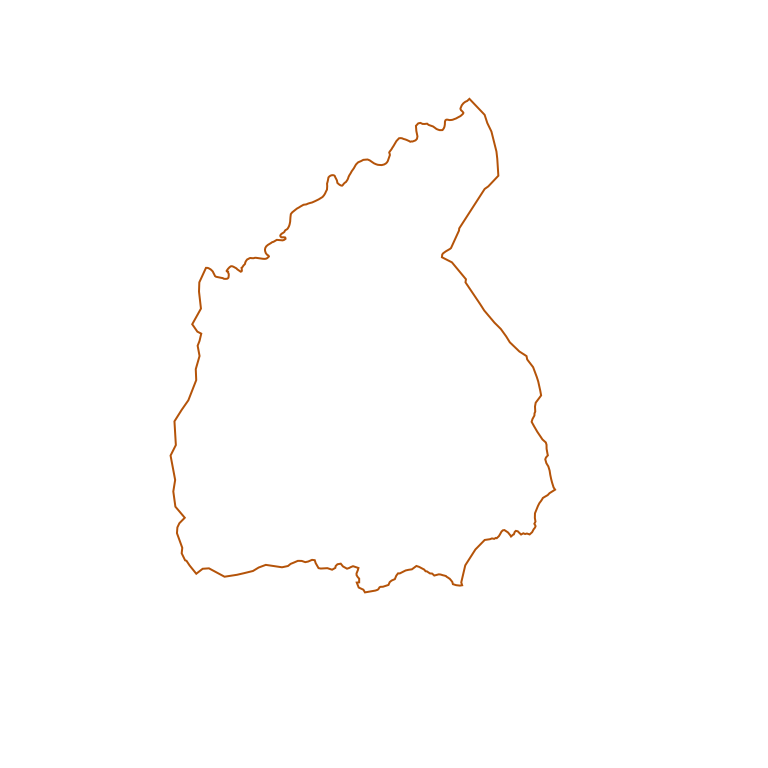 Villa Hidalgo, Oaxaca, Mexico (Albers equal-area conic projection), rotated 43°
{"feature_id": "50627088B9411614627727", "entity_name": "Villa Hidalgo", "entity_type": "district", "adm_level": 2, "iso_a3": "MEX", "parent_name": "Mexico", "parent_adm1": "Oaxaca", "projection": "albers", "projection_center": [-96.166, 17.184], "detail": "fine", "context": "isolated", "style": "outline", "palette": "amber", "viewbox_px": 768, "rotation_deg": 43, "n_neighbors": 0, "source": "geoboundaries", "source_scale": "gbopen_adm2", "svg_char_len": 5853}
<svg xmlns="http://www.w3.org/2000/svg" viewBox="0 0 768 768"><g transform="rotate(43 384 384)"><path d="M174.6,420.5L179.6,435.6L185.7,442.6L198.7,453.7L203.0,471.1L211.8,473.0L216.0,471.8L219.7,478.3L221.6,483.1L230.0,489.3L236.2,501.5L244.0,509.2L244.1,509.4L244.3,509.9L252.0,529.3L253.7,541.1L256.2,554.2L273.4,570.6L276.7,581.9L296.7,596.6L303.2,606.3L315.1,616.0L329.5,617.7L329.3,625.4L330.7,629.8L334.3,634.3L348.2,641.4L351.5,645.8L358.8,648.6L360.1,648.0L365.6,649.3L376.1,650.8L377.4,642.8L381.7,638.2L398.8,633.7L406.6,623.8L410.6,617.9L415.7,610.1L417.5,603.7L420.9,596.9L434.4,587.6L437.9,582.6L438.4,579.2L439.9,576.0L441.6,572.1L444.5,569.5L447.9,568.0L449.6,565.6L451.3,561.7L453.5,560.1L456.2,561.6L461.7,563.3L463.6,562.1L468.2,557.3L472.7,555.2L473.8,551.7L472.8,550.1L472.9,547.6L474.9,544.9L478.4,545.4L482.9,544.3L484.0,542.3L484.6,540.5L485.6,538.4L486.6,537.9L490.8,536.0L491.8,537.9L493.1,541.3L494.3,542.5L496.4,543.1L498.6,543.3L501.1,546.0L499.5,547.8L504.3,550.1L509.2,548.5L512.2,549.4L518.6,540.9L519.7,538.8L519.8,537.8L519.4,535.7L519.8,534.7L521.5,533.0L524.3,527.9L523.3,525.0L523.6,522.6L525.0,519.3L523.7,515.8L523.4,512.9L524.7,511.8L527.0,505.6L528.8,503.0L530.8,500.5L531.8,495.0L534.4,493.8L540.0,492.3L542.1,492.6L543.1,491.8L544.9,491.5L546.8,491.2L548.5,489.8L551.4,489.8L553.9,485.8L555.4,484.7L557.3,483.8L558.7,483.0L560.3,482.2L561.1,482.3L563.1,481.9L564.1,481.8L564.7,481.6L567.3,481.9L569.0,482.2L570.9,483.4L574.0,481.9L577.0,479.7L578.4,477.9L575.8,476.4L567.1,461.2L563.7,442.7L564.0,429.4L567.3,425.3L568.3,423.3L570.2,422.1L570.7,420.4L571.6,419.9L571.8,416.9L571.3,414.6L570.6,411.8L570.7,410.0L571.7,408.7L575.9,408.0L579.5,408.5L580.9,408.9L581.2,406.0L581.5,405.4L580.5,403.0L580.6,401.5L582.3,400.5L584.5,400.6L586.9,400.6L587.7,398.2L589.5,397.5L590.5,395.9L593.1,394.7L593.3,392.5L593.4,391.3L592.8,389.2L592.5,388.0L592.5,386.9L592.0,384.9L591.3,384.3L589.3,383.7L588.6,381.3L585.7,379.1L582.6,375.6L579.8,368.3L578.9,365.2L578.6,362.3L578.2,360.1L577.9,359.1L578.4,357.2L579.5,353.6L579.5,351.0L580.2,348.3L581.2,344.6L578.6,344.0L574.2,341.5L571.2,339.6L567.5,337.0L564.2,334.4L560.4,332.2L556.8,331.2L555.3,330.3L553.3,329.1L552.6,327.3L552.5,324.4L551.5,323.8L547.1,320.5L544.3,317.6L542.2,316.4L537.7,316.5L528.7,314.4L522.7,312.6L517.8,311.0L516.5,308.4L515.5,304.5L514.1,302.8L513.4,301.0L509.8,297.5L507.7,294.2L507.1,288.6L506.7,285.2L502.8,282.3L495.1,277.0L491.0,274.7L481.6,270.0L472.0,268.4L469.2,266.4L460.8,267.9L447.6,267.7L441.0,265.9L432.0,264.1L422.9,263.8L407.2,261.9L400.2,260.1L374.3,254.1L372.5,251.5L371.6,251.4L350.7,248.7L339.9,251.8L338.3,249.6L338.1,248.2L338.7,245.0L340.1,240.3L340.3,238.9L334.2,220.6L332.9,218.9L324.6,172.7L325.5,168.4L325.6,153.7L313.2,142.0L307.7,137.3L290.4,126.1L281.6,122.7L274.0,118.5L252.0,117.2L251.8,120.3L251.0,122.1L250.6,124.5L250.7,125.7L250.8,127.2L251.3,128.4L251.7,129.6L252.2,130.6L253.5,131.2L254.7,131.2L255.7,131.2L257.1,131.5L257.3,131.8L257.5,132.7L257.4,134.0L257.2,135.9L256.5,137.9L256.0,139.4L255.5,140.9L254.9,142.0L254.0,143.9L253.0,145.2L251.8,146.4L250.4,147.2L249.3,148.2L249.1,149.3L249.7,150.6L251.6,152.8L252.8,154.7L253.4,156.4L253.6,158.4L252.5,159.5L251.5,160.4L250.3,161.0L248.5,161.7L246.5,161.9L244.2,162.2L239.9,164.1L238.0,164.2L236.3,166.2L234.8,167.5L232.6,168.2L231.3,170.0L231.3,173.4L235.1,176.9L239.6,180.1L240.9,182.2L240.9,184.3L239.9,186.4L239.4,187.3L238.6,187.9L238.0,188.9L236.7,189.2L235.2,189.7L234.0,190.1L232.6,190.7L231.3,191.4L229.6,192.0L228.5,192.8L227.4,194.0L227.4,196.1L227.4,197.9L228.8,204.2L228.9,205.2L229.3,206.8L229.5,208.2L229.7,210.4L230.0,211.2L231.4,211.9L232.2,212.6L232.8,214.0L234.7,218.3L235.0,219.7L235.0,221.3L234.4,223.3L233.0,225.5L231.4,226.8L230.0,227.9L228.3,228.7L226.3,229.4L223.8,229.8L221.0,230.2L218.9,231.0L217.6,232.4L216.0,234.2L215.1,236.8L213.9,239.5L213.8,242.4L214.0,243.5L214.8,246.7L215.3,250.5L215.9,252.8L216.3,255.0L216.9,256.9L217.6,258.3L218.0,259.6L218.4,262.1L218.2,262.9L218.1,263.7L218.0,264.7L218.1,265.9L218.2,266.7L218.1,267.5L217.3,268.1L215.7,268.6L214.3,268.7L212.7,268.7L211.8,268.0L211.0,267.4L209.9,266.9L208.7,266.5L207.3,266.0L206.0,265.4L205.3,265.5L204.8,265.7L204.1,266.2L203.3,267.1L202.8,268.1L202.5,269.3L202.5,270.8L204.2,273.5L205.0,274.9L205.7,276.3L207.5,278.0L209.7,280.7L210.2,282.5L211.0,284.9L211.4,286.9L211.5,289.2L210.3,293.6L208.8,297.5L207.6,300.3L206.5,302.0L205.4,303.9L204.7,305.6L202.9,307.8L201.8,311.3L201.4,312.9L200.7,315.0L200.3,317.6L199.8,321.1L199.9,322.4L200.0,323.3L200.8,324.4L201.9,325.9L204.6,329.2L205.6,330.8L206.3,332.0L206.9,333.4L207.3,334.8L207.5,335.7L207.6,336.6L207.3,337.8L207.0,338.6L207.0,339.5L207.4,340.7L207.3,341.6L207.0,342.7L206.7,343.8L206.6,344.9L206.8,346.0L207.3,346.5L207.8,346.7L208.7,346.7L209.4,346.3L210.0,345.6L211.6,344.3L212.5,344.5L213.0,345.1L212.6,346.9L211.9,348.1L210.6,349.1L207.3,351.7L206.2,355.4L205.5,356.5L205.2,358.0L204.2,361.5L204.0,363.7L204.4,365.4L205.2,366.8L206.3,367.8L207.2,368.3L208.3,368.9L210.3,369.2L211.9,368.9L212.4,369.0L212.9,369.3L212.8,370.3L212.8,371.2L212.5,372.4L211.6,373.7L210.2,374.9L204.2,379.1L203.5,379.8L202.8,381.0L201.7,382.0L200.5,382.8L199.8,383.8L199.6,384.8L199.0,386.1L199.1,387.4L199.3,388.7L199.9,390.2L200.4,390.8L200.5,391.8L200.4,392.9L200.8,395.6L200.6,396.2L201.4,396.8L202.8,398.1L203.0,398.8L202.6,399.6L198.5,400.2L197.2,400.1L194.4,400.8L193.1,401.2L192.2,401.8L191.7,402.4L191.4,403.9L191.4,406.3L191.6,407.5L191.7,408.5L192.1,408.8L192.7,408.7L193.4,408.2L194.1,408.9L195.4,409.4L196.6,410.7L197.7,412.3L197.7,413.2L197.4,414.1L196.0,415.6L194.8,416.4L193.8,416.5L193.3,416.9L188.4,419.9L187.7,420.2L186.8,420.3L184.8,419.5L184.1,419.3L182.1,418.5L180.8,418.4L178.9,418.4L177.9,418.7L176.9,418.9L176.2,419.2L175.5,419.6L174.6,420.5Z" fill="none" stroke="#b45309" stroke-width="2"/></g></svg>